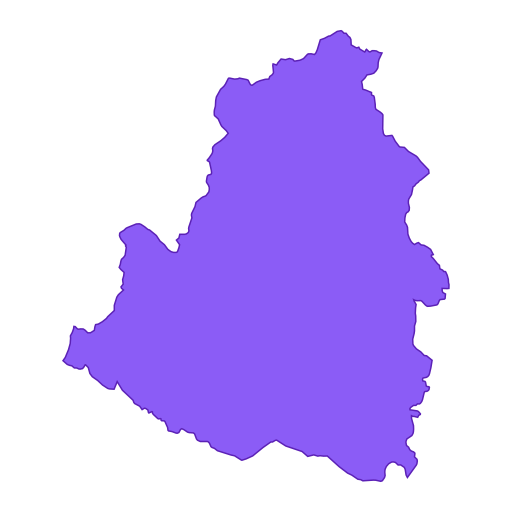 Lac Son, Hòa Bình, Vietnam (Equal Earth projection)
{"feature_id": "81297802B21968879828656", "entity_name": "Lac Son", "entity_type": "district", "adm_level": 2, "iso_a3": "VNM", "parent_name": "Vietnam", "parent_adm1": "Hòa Bình", "projection": "equal_earth", "projection_center": [105.433, 20.499], "detail": "fine", "context": "isolated", "style": "filled", "palette": "violet", "viewbox_px": 512, "rotation_deg": 0, "n_neighbors": 0, "source": "geoboundaries", "source_scale": "gbopen_adm2", "svg_char_len": 6006}
<svg xmlns="http://www.w3.org/2000/svg" viewBox="0 0 512 512"><path d="M246.1,458.9L252.7,455.9L263.0,447.5L270.8,442.0L272.5,442.0L275.4,440.3L276.6,440.1L285.8,446.0L302.1,451.5L307.7,456.4L313.8,454.9L317.8,456.1L320.1,455.7L323.6,456.1L327.3,456.0L339.2,466.7L347.6,473.1L351.8,475.1L357.8,479.2L360.8,479.7L362.8,480.8L373.4,480.1L375.7,480.2L380.8,481.3L382.4,480.7L384.5,477.6L385.1,475.6L384.8,472.2L384.9,470.5L385.2,469.0L386.4,466.4L388.6,463.8L391.5,462.1L393.2,461.9L395.4,462.4L398.1,465.0L400.7,464.9L404.3,467.4L405.2,469.4L406.1,475.0L407.4,477.5L416.3,465.1L416.9,463.8L417.3,461.0L417.0,459.3L414.5,456.9L414.9,453.7L414.8,453.0L413.6,451.9L411.3,451.0L409.7,449.6L408.6,447.2L406.5,445.5L405.9,442.4L406.1,440.9L406.9,438.9L411.9,435.5L413.0,433.5L413.4,431.8L413.6,429.3L413.5,425.7L411.5,418.3L411.5,415.7L412.8,416.4L414.1,416.4L417.7,417.3L418.7,415.3L420.3,414.5L420.4,413.8L418.4,411.5L417.2,410.9L410.0,409.8L409.8,408.8L410.6,407.5L413.5,405.4L415.9,405.4L417.4,403.9L419.5,403.9L420.4,403.3L421.7,401.6L422.5,399.6L424.2,392.5L424.6,391.8L425.1,391.5L427.0,391.3L428.4,390.4L429.0,389.5L429.4,387.3L428.9,386.7L427.2,386.5L426.3,386.1L425.5,382.1L425.0,381.4L422.8,380.9L422.5,379.3L422.7,378.6L423.1,378.0L426.2,377.4L427.6,376.7L428.8,375.4L429.5,373.6L430.9,367.6L432.1,360.3L426.6,355.8L424.2,355.5L420.8,351.9L416.4,348.9L413.6,345.6L412.9,344.1L412.7,339.2L414.1,333.6L414.5,330.9L414.5,326.0L415.8,321.5L415.7,315.9L415.3,313.2L415.6,307.7L416.1,304.5L414.1,301.0L413.7,299.7L415.1,300.4L417.1,300.7L420.8,300.6L421.9,301.2L425.3,304.9L426.7,306.0L427.6,306.3L430.6,306.1L436.9,304.9L437.9,303.9L439.4,300.4L440.1,299.6L444.5,299.1L445.1,298.4L445.5,294.0L442.8,292.5L442.2,290.8L442.1,288.4L447.2,288.6L448.9,288.4L449.0,284.7L448.5,282.6L448.3,279.3L447.2,275.2L445.7,271.9L445.1,271.5L443.7,271.5L442.6,270.1L439.9,268.8L439.4,265.3L437.4,263.7L433.2,258.4L431.5,256.8L431.3,256.0L431.5,255.0L432.7,254.9L433.3,254.6L430.6,249.4L427.5,247.2L424.0,245.3L421.1,244.9L418.5,242.6L416.9,243.1L414.5,244.5L412.6,243.2L411.1,241.5L409.3,238.1L407.9,234.1L407.5,227.3L406.6,225.0L404.7,222.0L404.9,217.9L405.7,214.1L406.8,212.5L408.0,211.9L409.2,210.3L409.4,207.5L408.4,203.3L408.4,200.7L408.8,199.0L411.5,194.5L412.5,189.8L412.9,187.0L414.6,185.8L416.1,183.8L418.4,182.1L419.4,180.7L420.8,180.0L429.0,173.2L428.6,169.9L420.5,161.4L417.5,157.3L416.1,156.0L408.5,151.5L404.4,147.4L400.0,147.0L399.2,146.5L395.2,141.2L392.6,136.2L391.9,135.4L386.1,136.1L384.5,135.4L383.4,133.5L382.7,128.9L382.9,114.9L382.0,113.6L380.2,112.1L375.9,109.3L375.3,107.5L375.2,104.3L374.3,97.3L373.7,95.9L371.8,95.1L371.5,94.5L371.5,92.5L365.5,90.0L362.9,89.3L362.7,88.8L362.2,84.4L361.5,81.5L364.8,78.2L367.0,74.9L370.9,74.2L373.8,73.2L376.1,70.8L377.7,68.2L378.0,66.9L378.2,62.7L378.9,59.6L382.0,53.0L379.0,52.5L376.5,51.0L374.3,50.7L372.1,50.7L370.5,51.7L369.7,51.9L368.9,51.6L366.5,49.3L365.9,49.9L365.0,51.8L364.7,52.0L359.8,49.1L358.8,47.2L356.8,47.9L355.7,47.5L351.2,44.9L350.9,39.5L349.9,37.4L348.4,36.3L346.1,33.3L343.9,33.2L342.2,31.3L341.1,30.7L337.2,31.4L330.2,35.9L328.6,36.1L324.5,38.3L320.3,39.8L317.3,49.7L315.9,52.9L314.5,54.5L311.2,53.8L308.2,53.9L307.4,54.4L303.5,58.6L300.1,60.2L294.9,61.1L294.2,61.0L292.8,59.4L289.4,58.5L285.5,59.7L281.1,59.0L277.9,62.8L276.6,65.0L273.1,63.9L272.8,65.2L273.5,72.4L273.2,73.4L272.0,74.9L269.8,76.5L268.8,79.1L265.2,79.3L260.1,80.7L256.4,82.2L252.3,85.2L251.4,85.2L250.5,84.6L249.7,83.4L248.2,80.3L246.8,79.6L239.4,78.1L237.8,78.8L234.6,79.1L229.7,78.1L228.6,78.2L228.3,78.5L225.4,84.2L223.8,86.4L220.6,89.3L216.4,96.9L215.7,100.5L215.4,106.2L214.4,110.0L214.2,111.9L214.3,115.0L214.6,115.7L218.2,118.9L220.9,124.9L221.9,126.5L226.2,130.6L228.2,133.3L224.7,137.4L220.6,140.9L215.0,144.6L212.9,147.0L212.5,148.5L212.8,150.9L212.4,152.8L211.8,154.0L209.3,157.7L207.2,160.2L207.4,160.7L209.1,161.6L209.6,162.4L211.4,170.7L211.6,173.1L210.9,174.4L208.3,175.0L207.5,175.9L207.1,176.9L206.4,181.2L206.6,182.4L208.3,185.0L209.2,187.2L209.3,189.3L208.9,191.8L206.2,195.5L205.5,196.0L203.1,196.8L201.2,198.0L196.0,202.4L195.0,206.6L191.7,213.4L191.4,215.0L191.9,217.9L188.9,226.9L188.6,228.4L188.9,230.9L188.3,232.5L186.4,233.9L184.7,234.3L179.8,234.3L178.9,238.0L176.4,240.1L179.6,244.7L179.0,247.4L177.7,251.1L177.3,251.8L176.4,252.4L173.5,252.4L171.1,251.7L168.8,250.1L167.7,249.2L164.4,244.7L160.0,241.1L156.4,235.6L155.6,234.9L149.6,230.0L147.8,229.4L144.8,226.9L141.0,224.4L139.3,223.8L136.2,224.0L127.1,227.7L125.9,228.4L124.1,230.2L120.2,232.6L119.7,233.4L119.6,234.3L119.5,235.6L119.9,236.9L121.1,239.4L126.0,245.1L125.5,245.9L126.3,247.3L125.1,255.3L123.6,257.4L121.5,259.3L120.9,261.1L120.3,264.4L119.2,267.4L120.9,269.5L124.1,272.4L123.7,275.8L122.6,279.7L123.2,284.1L121.0,286.9L121.5,288.3L123.5,290.0L118.4,294.7L116.8,297.2L114.3,305.3L114.3,310.5L107.7,316.7L106.5,318.4L102.4,321.7L98.3,324.1L95.6,324.6L94.9,326.8L94.3,330.4L90.4,332.8L87.7,332.8L85.1,330.2L83.3,329.0L80.7,328.9L78.3,329.2L77.3,328.8L75.2,326.6L73.9,326.4L73.6,328.7L72.3,332.4L70.4,335.9L70.6,338.3L70.2,343.6L68.5,349.7L65.3,357.4L63.0,360.7L67.2,364.4L69.4,365.3L71.8,365.8L74.3,367.9L76.8,368.0L78.9,369.0L80.2,369.1L82.5,368.6L83.7,367.3L85.2,364.8L85.6,364.8L88.3,367.6L89.9,373.5L92.3,376.7L97.7,380.5L102.5,385.0L107.7,388.4L109.3,388.9L114.1,389.2L117.2,381.6L122.4,390.2L133.1,400.3L133.8,402.4L134.6,403.5L139.7,406.2L142.1,409.6L144.1,408.4L144.9,408.2L146.1,408.7L147.9,410.0L148.4,412.4L148.9,413.0L151.9,411.6L152.4,411.9L152.5,413.2L153.3,414.4L157.8,418.6L158.6,418.9L160.5,418.6L160.9,418.8L161.1,420.2L161.6,420.7L164.2,420.9L164.9,421.4L167.6,427.5L168.0,430.3L168.5,430.9L172.1,431.6L176.1,433.1L177.4,433.2L178.9,432.5L180.5,429.5L181.8,428.7L184.0,429.7L187.5,432.1L189.2,432.6L193.4,432.9L194.6,433.9L196.5,439.0L197.5,440.2L200.3,441.5L207.3,441.5L208.3,441.9L209.4,443.1L211.0,446.7L211.9,447.4L214.5,448.4L217.4,450.7L231.0,455.0L234.6,455.8L241.4,460.1L242.0,460.2L246.1,458.9Z" fill="#8b5cf6" stroke="#5b21b6" stroke-width="1.5"/></svg>